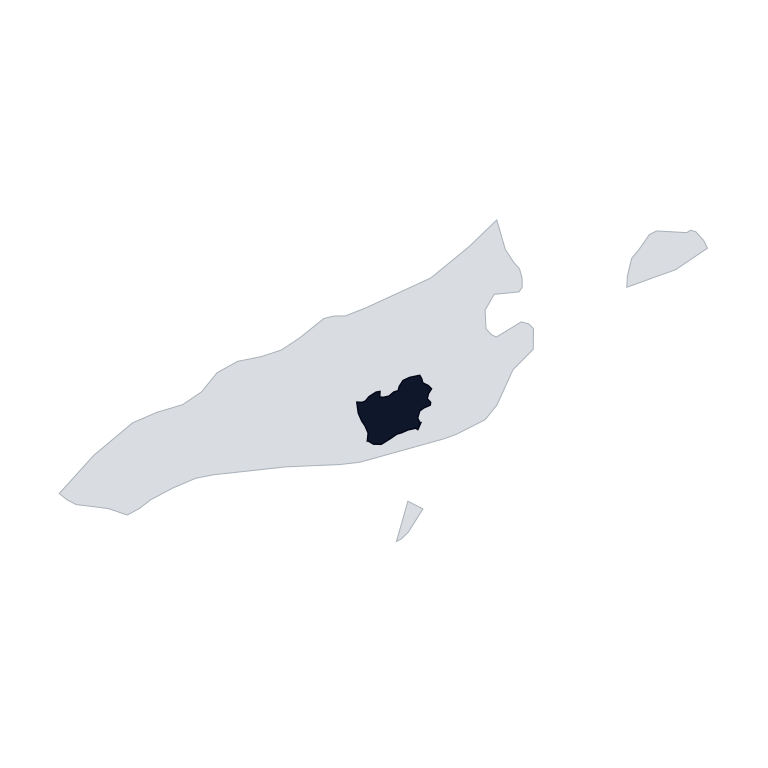 location of Aileu within East Timor, rotated 177°
{"feature_id": "TLS-544", "entity_name": "Aileu", "entity_type": "District", "adm_level": 1, "iso_a3": "TLS", "parent_name": "East Timor", "parent_adm1": "", "projection": "robinson", "projection_center": [125.606, -8.71], "detail": "fine", "context": "in_parent", "style": "filled", "palette": "ink", "viewbox_px": 768, "rotation_deg": 177, "n_neighbors": 0, "source": "natural_earth", "source_scale": "10m", "svg_char_len": 1620}
<svg xmlns="http://www.w3.org/2000/svg" viewBox="0 0 768 768"><g transform="rotate(177 384 384)"><path d="M262.8,541.9L255.8,512.0L248.4,499.1L242.6,491.8L240.6,482.7L240.9,473.3L244.4,468.9L269.3,467.8L279.2,452.4L279.2,433.9L274.2,427.6L269.3,425.0L243.6,438.9L236.2,436.4L231.8,431.3L233.2,410.8L254.4,391.6L272.4,356.9L285.0,343.0L314.4,330.0L326.3,326.3L411.9,307.2L432.3,305.9L486.5,306.4L559.1,302.3L577.1,299.7L600.3,291.2L622.9,280.7L634.8,272.5L647.3,266.6L666.0,274.1L697.7,279.7L706.2,284.7L714.1,291.6L677.3,328.2L636.9,358.5L612.0,367.7L586.3,373.9L566.7,385.6L550.1,404.0L529.0,414.3L505.1,417.8L484.8,423.3L466.3,434.1L440.6,452.6L430.2,454.5L419.2,454.0L397.9,461.1L331.6,487.5L291.6,516.9L262.8,541.9ZM53.9,502.7L86.6,483.0L136.5,467.9L135.3,479.0L130.2,496.4L122.6,504.6L111.2,519.3L103.7,522.6L73.8,519.3L69.9,521.5L64.8,519.9L57.2,510.5L53.9,502.7ZM379.8,226.1L366.3,265.7L351.7,257.2L367.3,235.0L374.8,228.4L379.8,226.1Z" fill="#d9dde1" stroke="#a8b0b8" stroke-width="1"/><path d="M389.9,323.9L397.7,324.5L403.2,328.2L403.6,328.0L402.4,335.9L405.2,343.3L408.1,348.1L411.2,356.3L412.1,367.3L406.8,366.8L403.4,368.0L399.7,372.1L392.4,376.3L388.4,376.8L389.0,371.3L385.6,370.7L379.6,371.7L377.1,373.6L374.6,375.5L370.2,376.6L368.9,380.8L364.8,386.5L358.2,389.2L348.7,390.7L347.8,390.8L346.1,387.3L345.2,383.1L339.8,380.1L336.8,376.7L340.1,372.1L341.6,367.0L338.4,363.3L338.9,360.5L345.5,358.0L349.8,355.2L352.2,348.1L350.1,343.5L349.2,343.5L350.5,340.9L352.6,336.7L354.5,338.2L362.5,336.9L368.9,334.4L373.8,333.3L380.6,329.1L389.9,323.9Z" fill="#0f172a" stroke="#020617" stroke-width="1.5"/></g></svg>